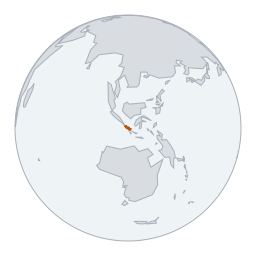 the Earth from above Nusa Tenggara Barat, rotated 35°
{"feature_id": "IDN-555", "entity_name": "Nusa Tenggara Barat", "entity_type": "Province", "adm_level": 1, "iso_a3": "IDN", "parent_name": "Indonesia", "parent_adm1": "", "projection": "orthographic", "projection_center": [117.655, -8.595], "detail": "fine", "context": "on_globe", "style": "filled", "palette": "amber", "viewbox_px": 256, "rotation_deg": 35, "n_neighbors": 0, "source": "natural_earth", "source_scale": "10m", "svg_char_len": 8291}
<svg xmlns="http://www.w3.org/2000/svg" viewBox="0 0 256 256"><g transform="rotate(35 128 128)"><circle cx="128" cy="128" r="113" fill="#eef3f6" stroke="#a8b0b8"/><path d="M223.9,151.3L223.7,152.2L223.9,151.3ZM192.0,35.3L191.9,35.2L192.0,35.3ZM234.3,90.6L234.4,91.0L233.5,88.5L233.7,89.0L234.3,90.6ZM232.9,86.9L233.2,87.7L232.9,87.0L232.9,86.9ZM232.6,86.3L232.8,86.7L232.7,86.5L232.6,86.3ZM232.4,85.9L232.5,86.1L232.4,85.9ZM231.7,84.6L231.5,84.1L231.7,84.6ZM176.8,26.5L174.9,25.6L175.9,26.0L176.8,26.5ZM171.9,24.3L173.6,25.0L168.9,23.1L170.2,23.8L163.8,21.2L169.9,23.5L170.7,23.8L171.9,24.3ZM161.0,20.3L159.6,19.9L159.9,20.0L161.0,20.3ZM31.8,69.4L32.0,69.2L38.6,59.5L38.3,59.9L45.0,51.8L46.2,51.1L47.5,49.6L49.7,47.1L53.1,43.9L51.8,45.0L58.4,39.5L65.3,34.4L72.6,29.9L80.2,26.0L88.0,22.7L91.5,21.5L92.8,21.2L94.2,20.7L95.4,20.3L96.2,20.6L97.3,20.2L99.6,19.2L103.7,18.2L103.7,18.3L102.3,18.7L99.2,20.0L95.3,21.3L95.7,21.3L99.1,20.2L102.9,18.6L105.3,18.0L104.0,18.5L104.7,18.2L105.9,18.0L107.2,18.0L108.9,17.4L122.5,15.7L126.3,15.9L123.6,16.3L133.2,16.5L136.7,17.4L136.9,17.1L141.5,17.4L140.5,17.1L140.9,17.0L152.4,18.6L155.1,19.4L160.2,20.5L160.3,20.4L158.5,19.8L163.8,21.2L170.2,23.8L169.7,23.7L174.0,25.7L172.4,25.5L172.9,26.5L168.6,25.8L169.5,27.0L171.1,27.6L173.4,30.0L172.7,33.2L166.2,27.6L165.9,23.9L165.4,24.9L163.4,23.9L161.9,23.9L161.8,25.0L163.1,25.5L152.1,24.6L147.5,27.8L153.0,28.6L155.8,30.5L155.3,36.6L142.9,44.0L146.5,48.1L146.3,50.5L142.3,51.4L142.4,47.8L138.9,46.1L139.6,44.2L133.2,45.0L133.9,42.3L128.6,44.6L130.0,46.9L135.3,47.0L130.4,50.5L135.1,55.2L135.0,60.5L124.8,69.4L115.5,71.8L114.7,73.6L111.4,71.4L106.4,74.9L112.1,85.9L111.8,89.2L103.9,95.1L103.8,92.6L94.9,86.6L92.8,94.4L99.6,101.1L101.9,109.1L96.5,106.5L94.2,99.5L91.1,97.2L92.3,90.3L90.3,80.5L84.9,82.4L85.6,78.5L82.1,71.0L74.5,73.7L62.3,84.6L60.1,94.9L56.1,99.8L52.6,85.7L53.8,76.4L50.8,77.6L48.6,70.7L39.9,72.1L40.2,70.0L38.2,71.5L36.9,69.9L38.0,66.5L36.5,67.3L34.1,76.4L35.9,75.7L39.5,71.2L38.3,74.8L39.8,77.4L32.7,87.6L22.3,99.2L23.8,91.7L29.3,73.8L30.6,71.5L30.8,71.3L31.0,70.9L28.8,74.7L30.4,71.7L31.8,69.4ZM30.4,71.7L24.9,83.8L22.8,89.7L22.1,99.7L21.5,101.1L22.0,103.0L26.9,98.2L26.4,100.9L22.5,114.0L18.0,133.7L20.1,145.1L22.3,155.4L22.8,163.7L26.1,171.4L26.9,175.0L29.2,179.6L31.7,185.0L34.6,190.6L35.2,191.9L31.0,185.2L27.2,178.2L23.9,171.0L21.1,163.6L18.9,156.0L17.2,148.2L16.0,140.4L15.4,132.5L15.4,124.6L15.9,116.7L17.0,108.8L18.6,101.1L20.8,93.4L23.5,86.0L26.7,78.7L30.4,71.7ZM45.0,55.2L47.5,54.7L51.0,49.7L52.3,49.2L53.0,47.8L51.2,49.3L53.6,45.6L56.4,43.8L58.4,41.8L57.6,41.9L52.2,45.9L48.7,51.1L46.2,53.4L45.0,55.2ZM36.9,61.8L37.2,61.4L36.4,62.5L36.9,61.8ZM72.0,204.2L74.4,205.6L73.2,205.9L72.0,204.2ZM27.8,151.0L31.7,169.9L30.1,170.7L27.4,165.6L24.5,154.4L25.6,150.5L25.5,145.2L27.8,151.0ZM130.5,129.9L134.0,130.7L133.9,131.3L130.5,129.9ZM126.9,127.7L130.9,128.2L126.2,128.9L126.9,127.7ZM132.4,128.4L136.5,127.8L138.2,127.1L137.9,128.2L132.4,128.4ZM124.2,127.6L109.8,126.6L104.2,125.0L105.5,123.0L114.6,123.9L124.2,127.6ZM105.0,123.0L96.5,117.3L85.3,101.9L89.3,102.1L101.1,111.4L100.3,113.1L105.5,117.5L105.0,123.0ZM125.8,114.1L125.0,119.0L117.1,118.0L113.5,117.0L111.0,110.6L112.3,107.4L115.3,107.7L127.0,97.9L131.0,100.7L127.3,104.9L130.6,109.4L125.8,114.1ZM60.4,95.8L62.2,101.9L60.1,103.1L60.4,95.8ZM131.9,91.1L127.1,95.1L131.6,89.5L131.9,91.1ZM134.7,85.8L134.9,88.0L133.1,85.7L134.7,85.8ZM114.4,76.5L111.3,76.9L111.3,75.4L115.3,74.1L114.4,76.5ZM134.8,65.2L134.4,69.4L133.6,70.7L132.4,68.1L134.8,65.2ZM97.6,19.5L95.8,20.1L96.0,20.0L97.6,19.5ZM106.4,17.5L107.6,17.2L104.6,17.8L106.4,17.5ZM120.6,15.7L122.4,15.5L123.3,15.6L123.0,15.6L120.6,15.7ZM121.8,15.5L122.0,15.5L120.5,15.7L119.6,15.7L119.8,15.7L121.8,15.5ZM197.2,193.6L198.1,195.3L194.9,198.3L190.6,200.9L186.8,200.8L197.2,193.6ZM166.8,194.0L166.9,189.3L171.4,189.9L169.4,193.7L166.8,194.0ZM200.2,191.6L203.1,188.3L204.4,183.1L203.8,188.2L205.8,189.6L199.0,195.3L200.2,191.6ZM150.7,172.2L128.6,178.2L123.7,176.7L124.9,173.1L120.4,162.0L122.0,162.3L120.9,155.1L133.9,149.7L143.3,139.2L150.6,140.9L156.1,133.5L163.6,135.3L161.3,141.3L169.2,147.1L174.5,133.6L179.2,150.2L184.8,157.4L186.3,168.5L175.9,184.4L170.0,186.7L168.9,184.6L166.4,186.0L162.6,184.4L160.6,177.9L158.2,179.3L160.6,175.2L157.1,178.6L155.1,174.4L150.7,172.2ZM204.6,155.4L205.6,156.2L207.3,159.9L205.6,158.6L204.6,155.4ZM221.1,153.2L221.5,154.9L220.4,154.7L221.1,153.2ZM223.6,152.2L222.3,152.1L223.9,151.3L223.6,152.2ZM210.5,148.0L211.0,149.2L210.5,149.4L210.5,148.0ZM210.0,147.5L210.7,146.1L210.6,147.7L210.0,147.5ZM204.9,137.0L205.6,136.4L205.9,137.2L204.9,137.0ZM139.2,131.3L144.1,127.9L146.7,127.8L139.2,131.3ZM204.0,135.0L202.3,134.3L202.5,133.6L204.0,135.0ZM204.1,133.1L203.9,131.9L204.9,135.0L204.1,133.1ZM200.9,129.5L202.9,132.2L200.6,129.7L200.9,129.5ZM199.6,129.4L198.1,128.1L198.2,127.8L199.6,129.4ZM182.8,126.5L188.4,134.6L183.9,133.3L178.8,127.9L174.9,131.0L166.0,128.6L168.1,126.6L166.9,122.7L157.7,119.8L155.9,117.2L159.1,116.1L153.1,113.4L159.7,113.4L162.4,118.5L166.1,115.5L172.6,117.6L178.9,120.5L184.0,125.3L182.8,126.5ZM159.7,123.9L160.9,124.1L159.9,125.4L159.7,123.9ZM195.3,124.6L197.5,127.6L197.2,128.1L196.1,127.4L195.3,124.6ZM185.2,124.7L190.6,122.2L191.9,122.6L188.3,126.2L185.2,124.7ZM189.3,119.2L191.8,120.5L193.2,123.1L192.7,123.5L189.3,119.2ZM146.3,117.5L146.0,118.8L144.3,117.5L146.3,117.5ZM148.5,117.0L153.6,119.1L148.0,118.1L148.5,117.0ZM133.0,110.7L134.4,113.9L139.2,112.4L135.6,114.9L138.8,120.4L137.7,122.2L134.5,116.3L133.4,122.0L131.4,121.7L130.2,116.6L132.3,110.9L134.3,108.7L142.9,108.6L133.0,110.7ZM148.4,113.2L147.1,109.4L148.1,107.2L149.6,109.3L148.4,113.2ZM143.1,100.6L139.6,96.2L136.3,97.4L143.0,92.7L145.3,97.6L143.1,100.6ZM140.2,91.7L137.1,92.7L140.4,89.9L140.2,91.7ZM136.4,91.3L136.1,88.6L138.5,89.2L136.4,91.3ZM141.8,92.0L142.5,87.5L143.6,90.3L141.8,92.0ZM135.3,82.7L140.3,87.5L133.7,85.0L133.7,76.7L136.6,76.8L135.3,82.7ZM153.1,54.2L152.6,52.2L155.2,52.2L154.8,53.5L153.1,54.2ZM163.4,51.2L155.8,51.5L149.6,52.3L151.4,53.4L149.8,56.5L147.2,53.1L151.7,50.2L156.4,50.3L157.3,47.8L160.8,46.8L160.4,43.7L162.0,42.8L163.8,45.7L163.4,51.2ZM160.0,42.4L160.5,37.7L165.4,39.4L166.4,40.8L164.1,42.2L161.6,41.2L160.0,42.4ZM162.0,37.2L159.7,36.3L155.4,29.5L155.7,28.6L161.6,34.1L159.6,33.6L159.8,35.2L162.0,37.2ZM159.9,20.0L159.6,19.9L160.8,20.2L159.9,20.0ZM140.2,16.8L140.9,16.8L142.2,17.0L140.2,16.8ZM143.7,16.8L141.7,16.5L143.8,16.7L143.7,16.8ZM137.3,16.1L140.9,16.4L137.5,16.2L137.3,16.1Z" fill="#d9dde1" stroke="#a8b0b8" stroke-width="1"/><path d="M131.0,128.0L131.0,128.3L130.9,128.3L130.7,128.3L130.5,128.2L130.4,128.2L130.3,128.3L130.3,128.2L130.2,128.3L130.2,128.2L130.1,128.3L130.3,128.4L130.5,128.4L130.5,128.5L130.4,128.5L130.2,128.4L129.6,128.5L129.4,128.4L129.5,128.3L129.5,128.2L129.4,128.0L129.5,128.1L129.4,128.2L129.3,128.3L129.2,128.3L129.0,128.5L128.9,128.5L128.7,128.5L128.4,128.7L128.2,128.7L127.8,128.8L127.7,128.8L127.4,128.9L127.2,128.8L127.0,129.0L126.9,129.0L126.7,129.0L126.6,128.9L126.4,128.9L126.2,128.8L126.2,128.7L126.3,128.5L126.4,128.4L126.3,128.2L126.2,128.1L126.3,128.0L126.4,127.9L126.5,127.9L126.8,127.8L126.9,127.7L127.0,127.6L127.3,127.6L127.6,127.8L127.6,127.7L127.8,127.6L127.8,127.8L127.9,127.7L128.0,127.7L128.0,127.9L128.1,128.0L128.1,127.9L128.2,128.0L128.3,128.1L128.2,128.1L128.3,128.2L128.5,128.2L128.5,128.3L128.7,128.2L128.8,128.2L129.0,128.1L129.2,127.9L129.1,128.0L129.0,127.9L128.9,127.8L128.8,127.7L128.7,127.7L128.7,127.8L128.6,127.7L128.4,127.6L128.2,127.4L128.1,127.2L128.3,127.1L128.5,127.0L128.8,127.0L129.0,127.1L129.0,127.3L129.1,127.5L129.3,127.6L129.4,127.4L129.5,127.4L129.8,127.4L130.0,127.4L130.0,127.6L129.9,127.9L130.0,127.9L130.1,127.7L130.2,127.4L130.3,127.4L130.5,127.4L130.6,127.5L130.7,127.8L130.7,128.0L130.8,128.1L130.9,127.9L131.0,128.0L131.0,128.0ZM126.0,127.4L126.2,127.5L126.1,127.8L126.1,128.0L125.9,128.3L125.8,128.5L125.7,128.6L125.4,128.6L125.2,128.6L124.9,128.6L124.7,128.5L124.5,128.4L124.8,128.3L125.0,128.3L124.9,128.2L124.9,127.9L124.8,127.7L125.0,127.6L125.3,127.3L125.5,127.2L125.6,127.3L125.8,127.3L126.0,127.4ZM128.0,127.1L128.0,127.3L127.9,127.3L127.8,127.5L127.7,127.5L127.7,127.4L127.7,127.2L127.8,127.1L128.0,127.1ZM130.8,127.1L130.9,127.3L130.7,127.3L130.7,127.2L130.8,127.1Z" fill="#f59e0b" stroke="#b45309" stroke-width="1.5"/></g></svg>